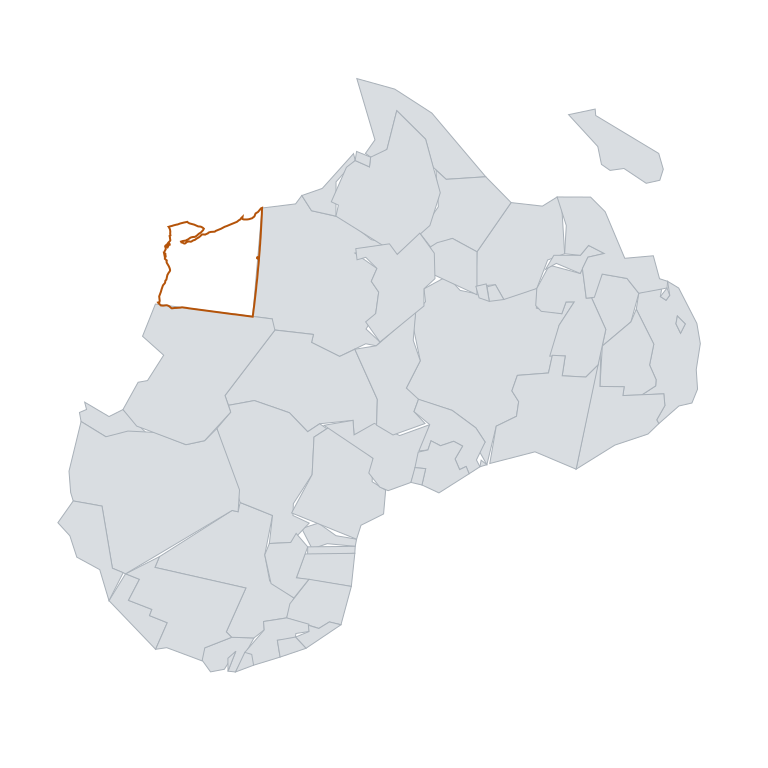 Africa, with Egypt highlighted, rotated 275°
{"feature_id": "EGY", "entity_name": "Egypt", "entity_type": "country or territory", "adm_level": 0, "iso_a3": "EGY", "parent_name": "Africa", "parent_adm1": "", "projection": "orthographic", "projection_center": [30.805, 26.825], "detail": "fine", "context": "in_parent", "style": "outline", "palette": "amber", "viewbox_px": 768, "rotation_deg": 275, "n_neighbors": 49, "source": "natural_earth", "source_scale": "50m", "svg_char_len": 13209}
<svg xmlns="http://www.w3.org/2000/svg" viewBox="0 0 768 768"><g transform="rotate(275 384 384)"><path d="M523.8,465.1L575.8,494.8L575.0,526.3L585.4,540.2L577.6,545.4L529.5,552.6L521.8,536.2L492.5,527.9L481.4,512.9L478.6,496.0L492.6,486.3L489.3,467.0L523.8,465.1Z" fill="#d9dde1" stroke="#a8b0b8" stroke-width="1"/><path d="M172.4,143.1L168.1,157.4L146.2,148.3L139.2,172.4L132.8,170.6L127.3,188.9L99.8,179.6L144.2,128.9L172.4,143.1Z" fill="#d9dde1" stroke="#a8b0b8" stroke-width="1"/><path d="M478.6,496.0L492.5,527.9L472.8,529.2L469.5,555.0L481.6,558.2L482.4,566.4L457.8,553.3L409.3,546.9L404.2,516.1L388.3,512.0L378.2,519.7L363.4,518.8L351.8,499.5L312.6,493.5L325.6,484.6L335.0,489.8L348.3,479.3L363.7,454.1L372.8,413.4L381.9,406.6L410.3,418.1L442.3,408.5L459.2,409.3L469.6,418.2L482.3,415.5L496.8,437.4L483.9,451.7L478.6,496.0Z" fill="#d9dde1" stroke="#a8b0b8" stroke-width="1"/><path d="M599.3,467.3L593.3,428.1L604.3,414.0L631.5,404.1L657.4,372.9L618.0,366.5L606.8,354.4L612.1,345.4L626.4,353.7L685.9,330.3L678.7,369.0L658.1,408.0L599.3,467.3Z" fill="#d9dde1" stroke="#a8b0b8" stroke-width="1"/><path d="M575.8,494.8L523.8,465.1L535.0,439.4L524.7,418.4L537.4,406.5L565.3,422.7L601.7,417.1L593.3,428.1L599.3,467.3L575.8,494.8Z" fill="#d9dde1" stroke="#a8b0b8" stroke-width="1"/><path d="M432.0,380.4L424.7,375.9L421.4,373.0L422.5,362.3L407.6,337.4L419.1,308.2L427.2,309.4L428.5,266.5L439.1,267.0L439.8,247.3L548.7,247.2L555.7,280.2L564.6,285.7L550.3,296.7L545.7,329.9L526.7,358.7L524.1,377.2L511.9,343.5L498.5,366.9L485.2,362.4L475.1,370.7L453.5,369.6L437.2,361.3L425.5,376.3L432.0,380.4Z" fill="#d9dde1" stroke="#a8b0b8" stroke-width="1"/><path d="M428.2,270.6L427.2,309.4L419.1,308.2L407.6,337.4L416.1,351.9L368.1,378.7L342.3,380.2L330.7,358.6L345.1,356.3L338.8,323.4L329.8,312.1L347.1,292.3L356.2,256.3L349.2,230.9L358.7,226.6L428.2,270.6Z" fill="#d9dde1" stroke="#a8b0b8" stroke-width="1"/><path d="M368.5,661.2L372.0,658.8L387.0,665.7L398.6,663.6L395.5,641.6L405.8,654.8L412.0,654.7L426.1,646.9L447.2,649.3L480.5,628.8L496.6,629.9L503.3,643.3L502.3,652.3L495.2,651.7L492.0,657.7L497.3,660.9L511.0,657.6L505.3,669.2L471.6,690.4L451.8,695.6L425.6,693.8L406.2,696.8L391.9,692.4L387.8,679.7L368.5,661.2ZM477.3,670.3L469.4,669.6L460.4,675.0L470.1,678.9L477.3,670.3Z" fill="#d9dde1" stroke="#a8b0b8" stroke-width="1"/><path d="M477.3,670.3L470.1,678.9L460.4,675.0L469.4,669.6L477.3,670.3Z" fill="#d9dde1" stroke="#a8b0b8" stroke-width="1"/><path d="M496.6,629.9L467.4,624.6L440.9,598.2L457.7,600.2L488.0,583.2L512.5,591.8L510.3,616.9L496.6,629.9Z" fill="#d9dde1" stroke="#a8b0b8" stroke-width="1"/><path d="M480.5,628.8L447.2,649.3L426.1,646.9L412.0,654.7L405.8,654.8L395.5,641.6L393.3,623.0L402.2,623.5L400.4,599.3L440.9,598.2L467.4,624.6L480.5,628.8Z" fill="#d9dde1" stroke="#a8b0b8" stroke-width="1"/><path d="M393.3,623.0L398.6,663.6L387.0,665.7L372.0,658.8L368.5,661.2L357.2,651.4L343.2,619.2L315.9,582.8L439.1,597.0L400.4,599.3L402.2,623.5L393.3,623.0Z" fill="#d9dde1" stroke="#a8b0b8" stroke-width="1"/><path d="M85.9,249.8L82.1,236.3L95.2,225.0L105.6,228.5L118.4,254.3L119.7,276.6L84.2,261.2L84.3,253.6L104.9,259.7L85.9,249.8Z" fill="#d9dde1" stroke="#a8b0b8" stroke-width="1"/><path d="M119.7,276.6L118.4,254.3L123.3,248.5L168.7,264.2L181.3,171.8L192.4,175.3L244.8,243.7L244.0,249.8L253.4,251.0L243.3,284.4L203.4,280.1L177.8,287.3L163.0,312.9L142.5,307.4L136.9,284.7L128.6,286.1L119.7,276.6Z" fill="#d9dde1" stroke="#a8b0b8" stroke-width="1"/><path d="M99.8,179.6L127.3,188.9L132.8,170.6L139.2,172.4L146.2,148.3L168.1,157.4L172.4,143.1L192.4,175.3L181.3,171.8L168.7,264.2L123.3,248.5L118.4,254.3L105.6,228.5L92.3,226.9L102.4,190.5L99.8,179.6Z" fill="#d9dde1" stroke="#a8b0b8" stroke-width="1"/><path d="M227.0,370.2L219.8,369.5L220.0,341.4L213.5,326.8L232.9,314.6L239.7,330.7L228.7,349.4L227.0,370.2Z" fill="#d9dde1" stroke="#a8b0b8" stroke-width="1"/><path d="M349.2,230.9L356.2,256.3L347.1,292.3L329.8,312.1L338.8,323.4L334.4,331.0L325.0,318.9L287.5,320.3L256.9,304.1L245.0,304.8L238.9,321.6L218.0,304.9L215.1,283.7L243.3,284.4L253.4,251.0L325.1,221.4L342.6,233.7L349.2,230.9Z" fill="#d9dde1" stroke="#a8b0b8" stroke-width="1"/><path d="M227.0,370.2L247.5,303.2L287.5,320.3L325.0,318.9L337.9,335.3L309.0,379.6L285.6,380.7L278.3,394.9L254.5,394.9L241.3,373.4L227.0,370.2Z" fill="#d9dde1" stroke="#a8b0b8" stroke-width="1"/><path d="M337.6,327.8L345.1,356.3L330.7,358.6L343.9,377.8L334.0,404.1L347.5,433.1L288.3,419.4L278.1,397.4L280.9,388.8L294.0,376.6L309.0,379.6L337.6,327.8Z" fill="#d9dde1" stroke="#a8b0b8" stroke-width="1"/><path d="M215.1,322.2L219.8,369.5L212.8,369.7L206.9,322.8L215.1,322.2Z" fill="#d9dde1" stroke="#a8b0b8" stroke-width="1"/><path d="M207.8,320.0L212.8,369.7L179.5,369.1L183.3,313.6L207.8,320.0Z" fill="#d9dde1" stroke="#a8b0b8" stroke-width="1"/><path d="M142.5,307.4L156.9,309.4L182.9,326.2L179.5,369.1L140.4,362.1L142.2,350.3L134.8,340.4L142.5,307.4Z" fill="#d9dde1" stroke="#a8b0b8" stroke-width="1"/><path d="M104.5,268.7L128.6,286.1L136.9,284.7L142.5,307.4L138.2,330.1L130.9,330.9L127.8,318.0L122.1,317.6L119.4,300.1L102.9,304.3L92.5,278.6L104.5,268.7Z" fill="#d9dde1" stroke="#a8b0b8" stroke-width="1"/><path d="M84.2,261.2L104.5,268.7L103.1,275.8L92.5,278.6L84.2,261.2Z" fill="#d9dde1" stroke="#a8b0b8" stroke-width="1"/><path d="M137.0,329.7L134.8,340.4L142.2,350.3L140.4,362.1L113.9,329.3L124.2,317.9L130.9,330.9L137.0,329.7Z" fill="#d9dde1" stroke="#a8b0b8" stroke-width="1"/><path d="M102.9,304.3L119.4,300.1L124.2,317.9L113.9,329.3L102.9,304.3Z" fill="#d9dde1" stroke="#a8b0b8" stroke-width="1"/><path d="M163.0,312.9L175.3,288.9L203.4,280.1L215.1,283.7L218.0,304.9L227.5,309.5L215.1,322.2L183.3,313.6L182.9,326.2L163.0,312.9Z" fill="#d9dde1" stroke="#a8b0b8" stroke-width="1"/><path d="M459.2,409.3L430.1,409.3L410.3,418.1L381.9,406.6L371.8,419.7L359.1,416.3L348.2,428.3L334.0,397.4L342.3,380.2L368.1,378.7L416.1,351.9L421.4,373.0L459.2,409.3Z" fill="#d9dde1" stroke="#a8b0b8" stroke-width="1"/><path d="M371.8,419.7L363.7,454.1L348.3,479.3L335.0,489.8L316.4,482.7L309.9,486.8L302.0,476.6L309.0,473.0L305.3,466.8L315.5,461.3L329.0,467.7L333.0,458.4L327.4,445.6L331.5,435.8L322.1,433.5L320.3,424.6L347.5,433.1L359.1,416.3L371.8,419.7Z" fill="#d9dde1" stroke="#a8b0b8" stroke-width="1"/><path d="M303.4,422.1L319.1,424.0L322.1,433.5L331.5,435.8L327.4,445.6L333.0,458.4L329.0,467.7L315.5,461.3L305.3,466.8L309.0,473.0L302.0,476.6L280.3,448.2L286.7,430.6L303.3,432.9L303.4,422.1Z" fill="#d9dde1" stroke="#a8b0b8" stroke-width="1"/><path d="M288.3,419.4L303.4,422.1L303.3,432.9L286.7,430.6L288.3,419.4Z" fill="#d9dde1" stroke="#a8b0b8" stroke-width="1"/><path d="M492.5,527.9L516.8,538.4L511.2,569.8L516.3,571.6L487.1,578.0L488.0,583.2L457.7,600.2L421.6,595.6L408.5,584.5L407.7,560.8L427.7,562.1L426.2,546.7L457.8,553.3L482.4,566.4L481.6,558.2L469.5,555.0L470.1,534.3L475.4,528.3L492.5,527.9Z" fill="#d9dde1" stroke="#a8b0b8" stroke-width="1"/><path d="M512.2,534.9L527.0,542.0L529.3,568.4L539.9,575.7L533.2,592.0L528.1,576.1L511.2,569.8L519.2,545.1L512.2,534.9Z" fill="#d9dde1" stroke="#a8b0b8" stroke-width="1"/><path d="M529.5,552.6L557.7,551.8L585.4,540.2L588.2,573.5L574.9,589.3L530.2,612.9L535.2,641.1L512.9,649.3L511.0,657.6L504.3,657.6L496.6,629.9L510.3,616.9L512.5,591.8L488.7,586.0L487.1,578.0L516.3,571.6L528.1,576.1L533.2,592.0L539.9,575.7L529.3,568.4L529.5,552.6Z" fill="#d9dde1" stroke="#a8b0b8" stroke-width="1"/><path d="M504.3,657.6L497.3,660.9L492.0,657.7L495.2,651.7L504.3,657.6Z" fill="#d9dde1" stroke="#a8b0b8" stroke-width="1"/><path d="M309.9,486.8L316.6,487.4L312.6,493.5L309.9,486.8ZM314.0,496.3L351.8,499.5L363.4,518.8L378.2,519.7L388.3,512.0L404.2,516.1L409.3,546.9L427.3,549.2L427.7,562.1L407.7,560.8L408.5,584.5L421.6,595.6L315.9,582.8L329.6,540.3L314.0,496.3Z" fill="#d9dde1" stroke="#a8b0b8" stroke-width="1"/><path d="M489.8,478.2L492.6,486.3L478.6,496.0L475.5,481.7L489.8,478.2Z" fill="#d9dde1" stroke="#a8b0b8" stroke-width="1"/><path d="M668.4,544.4L676.3,570.4L669.9,571.5L637.6,637.6L622.3,643.5L611.0,641.0L606.8,627.7L619.6,604.3L616.5,590.6L621.7,581.5L639.2,576.3L668.4,544.4Z" fill="#d9dde1" stroke="#a8b0b8" stroke-width="1"/><path d="M84.3,253.6L97.2,252.4L104.9,259.7L84.3,253.6Z" fill="#d9dde1" stroke="#a8b0b8" stroke-width="1"/><path d="M314.8,151.1L307.2,111.5L320.2,85.5L329.1,83.1L332.7,89.9L339.8,87.4L327.6,112.9L335.8,126.2L314.8,151.1Z" fill="#d9dde1" stroke="#a8b0b8" stroke-width="1"/><path d="M172.4,143.1L176.8,129.5L237.8,113.7L240.4,84.6L248.6,81.3L269.7,77.8L320.2,85.5L307.2,111.5L314.8,133.0L315.8,160.1L306.3,192.0L311.9,210.2L325.1,221.4L265.9,249.3L244.0,249.8L244.8,243.7L172.4,143.1Z" fill="#d9dde1" stroke="#a8b0b8" stroke-width="1"/><path d="M547.0,321.5L550.3,296.7L564.6,285.7L573.5,305.5L610.9,333.6L604.1,335.8L581.2,318.6L547.0,321.5Z" fill="#d9dde1" stroke="#a8b0b8" stroke-width="1"/><path d="M144.2,128.9L174.3,117.0L184.7,93.1L205.4,84.3L217.4,71.2L240.4,84.6L237.8,113.7L176.8,129.5L173.3,140.6L144.2,128.9Z" fill="#d9dde1" stroke="#a8b0b8" stroke-width="1"/><path d="M443.7,149.3L439.1,267.0L428.2,270.6L358.7,226.6L342.6,233.7L311.9,210.2L306.3,192.0L320.5,141.3L335.8,126.2L364.3,138.9L366.8,148.1L393.5,162.0L410.5,139.3L443.7,149.3Z" fill="#d9dde1" stroke="#a8b0b8" stroke-width="1"/><path d="M657.4,372.9L631.5,404.1L579.4,423.4L545.9,415.9L514.2,385.9L547.0,321.5L558.2,323.0L560.9,315.6L596.6,327.7L604.1,335.8L599.0,350.6L608.8,350.9L618.0,366.5L657.4,372.9Z" fill="#d9dde1" stroke="#a8b0b8" stroke-width="1"/><path d="M604.1,335.8L613.3,336.4L608.8,350.9L599.0,350.6L604.1,335.8Z" fill="#d9dde1" stroke="#a8b0b8" stroke-width="1"/><path d="M523.8,465.1L481.0,468.8L497.5,423.1L524.7,418.4L529.4,424.6L535.0,439.4L523.8,465.1Z" fill="#d9dde1" stroke="#a8b0b8" stroke-width="1"/><path d="M489.3,467.0L492.6,477.1L475.5,481.7L478.1,471.2L489.3,467.0Z" fill="#d9dde1" stroke="#a8b0b8" stroke-width="1"/><path d="M493.4,425.6L482.3,415.5L465.2,417.0L425.5,376.3L444.3,360.3L453.5,369.6L475.1,370.7L485.2,362.4L498.5,366.9L508.6,354.8L505.4,346.3L516.4,344.1L524.1,377.2L514.2,385.9L537.4,406.5L518.7,422.7L493.4,425.6Z" fill="#d9dde1" stroke="#a8b0b8" stroke-width="1"/><path d="M548.8,247.2L545.8,247.3L542.8,247.5L539.8,247.6L536.7,247.7L533.7,247.8L530.7,247.9L527.7,248.0L524.7,248.1L521.7,248.2L518.7,248.3L515.7,248.3L512.7,248.4L509.7,248.4L506.6,248.5L503.6,248.5L500.6,248.5L498.9,248.5L499.2,247.7L499.4,247.0L499.1,246.6L498.6,246.5L498.2,246.6L497.3,248.5L496.8,248.6L495.7,248.6L492.2,248.6L488.7,248.5L485.2,248.5L481.7,248.5L478.2,248.5L474.7,248.4L471.2,248.3L467.7,248.3L464.2,248.2L460.6,248.1L457.1,248.0L453.6,247.9L450.1,247.8L446.6,247.6L443.1,247.5L439.6,247.3L439.7,245.1L439.8,242.9L439.9,240.7L440.0,238.5L440.1,236.2L440.2,234.0L440.3,231.8L440.4,229.6L440.4,227.3L440.5,225.1L440.6,222.9L440.7,220.7L440.8,218.5L440.9,216.2L441.0,214.0L441.1,211.8L441.2,209.6L441.3,207.3L441.4,205.1L441.5,202.9L441.6,200.7L441.7,198.4L441.8,196.2L441.9,194.0L442.0,191.8L442.1,189.6L442.2,187.3L442.3,185.1L442.4,182.9L442.6,180.7L442.7,178.4L442.8,176.2L442.7,175.8L442.3,174.3L442.0,172.3L441.6,169.9L441.6,169.2L441.0,166.7L440.9,166.0L441.1,165.5L442.5,163.6L443.0,162.6L443.4,161.4L443.5,160.4L443.2,158.9L442.9,157.6L442.8,156.2L442.8,154.9L443.5,154.0L444.3,153.2L444.6,152.7L445.1,152.1L445.5,151.8L446.0,153.1L447.3,153.3L451.7,152.4L456.4,153.7L459.0,154.2L463.0,155.2L465.4,156.9L466.1,157.1L467.9,157.2L469.0,158.1L473.7,158.7L476.1,159.8L477.5,160.7L478.3,161.0L479.1,160.9L480.1,160.6L481.4,160.0L482.8,159.2L485.7,157.1L486.7,156.7L487.4,156.8L488.2,156.8L488.5,156.2L488.9,155.8L489.2,155.4L489.6,154.8L491.1,154.7L494.1,153.8L493.8,154.2L491.1,155.3L492.2,155.4L493.4,155.0L494.8,154.8L495.0,154.4L495.2,153.5L495.4,153.4L496.4,153.6L499.2,154.8L499.9,154.8L501.8,154.1L502.3,154.0L502.9,154.4L504.4,155.9L503.9,155.9L502.3,154.6L502.2,155.2L501.3,156.5L502.4,157.0L503.3,157.1L503.8,157.8L504.1,158.4L505.0,158.1L505.6,157.3L505.3,156.9L505.1,156.4L505.3,156.4L506.0,156.8L507.8,158.3L508.4,158.6L509.1,158.5L510.5,158.1L510.9,158.1L512.8,157.5L513.1,157.9L513.4,158.3L514.9,157.9L517.4,157.8L519.4,157.3L521.6,156.0L521.8,155.8L521.9,156.1L522.3,156.9L523.0,159.0L523.7,160.6L524.5,162.9L524.8,163.8L524.9,164.4L526.1,166.9L526.8,168.9L527.4,170.6L528.1,173.0L528.4,173.9L528.0,174.3L527.1,176.0L526.2,181.1L524.8,185.1L524.8,187.6L524.5,188.5L523.9,189.8L523.0,191.0L521.5,190.4L518.9,188.3L517.4,186.3L515.9,185.0L514.4,183.3L513.9,182.0L513.9,181.2L513.3,179.2L512.8,178.3L511.0,176.2L510.4,175.1L510.0,174.6L509.6,173.9L508.9,171.1L508.2,169.4L507.4,169.9L507.6,170.6L506.9,171.7L506.5,172.8L506.8,173.8L508.3,175.2L508.6,175.9L509.0,177.3L508.9,179.1L509.2,179.8L510.3,181.2L510.7,182.0L510.9,182.7L511.3,183.3L512.4,184.5L514.0,186.8L515.6,188.4L516.6,189.1L517.1,189.8L517.3,191.8L517.2,192.7L518.2,194.4L518.6,195.3L519.5,196.0L519.9,196.8L520.4,198.2L521.0,202.1L521.9,203.1L524.5,208.2L526.7,211.5L527.8,213.9L529.4,216.9L532.7,223.3L534.6,225.3L535.3,226.4L536.7,227.2L538.2,228.5L536.8,228.4L536.4,228.5L536.0,228.7L535.8,229.5L535.7,230.1L536.0,233.4L536.4,235.1L537.7,238.3L538.7,239.2L539.1,239.8L539.7,240.3L542.7,241.2L544.4,243.5L548.3,246.2L548.7,247.0L548.8,247.2Z" fill="none" stroke="#b45309" stroke-width="2"/></g></svg>